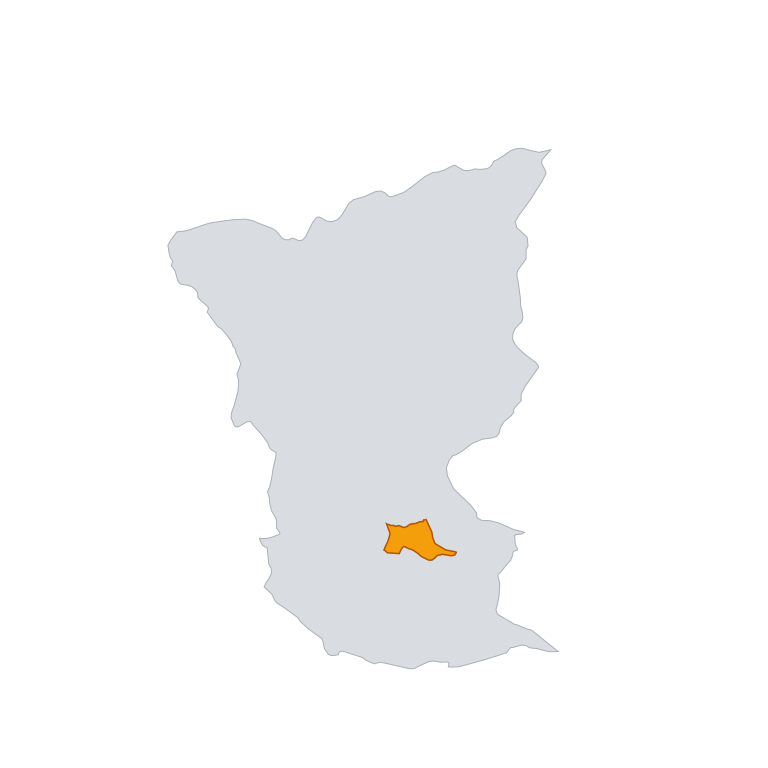 Bossembélé, Ombella-M'Poko, Central African Republic (highlighted), rotated 288°
{"feature_id": "33826404B7214769303301", "entity_name": "Bossembélé", "entity_type": "district", "adm_level": 2, "iso_a3": "CAF", "parent_name": "Central African Republic", "parent_adm1": "Ombella-M'Poko", "projection": "equal_earth", "projection_center": [17.729, 5.164], "detail": "fine", "context": "in_parent", "style": "filled", "palette": "amber", "viewbox_px": 768, "rotation_deg": 288, "n_neighbors": 0, "source": "geoboundaries", "source_scale": "gbopen_adm2", "svg_char_len": 5381}
<svg xmlns="http://www.w3.org/2000/svg" viewBox="0 0 768 768"><g transform="rotate(288 384 384)"><path d="M515.6,266.3L521.8,268.5L522.9,271.1L521.2,279.4L522.4,284.6L526.0,289.1L529.5,290.9L532.9,292.0L544.8,294.7L549.7,297.8L556.3,307.6L564.5,316.6L566.5,321.3L566.2,325.6L563.8,330.8L564.2,333.0L568.0,338.2L572.3,343.6L580.2,349.5L593.9,358.8L600.2,365.1L602.3,369.8L605.8,375.0L610.7,379.7L614.0,383.3L611.8,393.6L612.5,396.9L613.8,399.8L616.6,403.9L617.8,409.1L620.7,415.6L624.0,418.5L629.7,419.6L632.6,422.6L638.9,427.8L644.8,432.2L647.4,435.3L649.0,438.0L650.4,441.2L651.1,444.4L651.3,451.4L652.3,460.0L655.6,465.9L658.6,470.3L646.4,465.2L644.5,465.1L642.4,466.0L636.0,472.2L634.0,473.0L626.0,471.7L606.5,466.8L591.5,462.0L587.0,460.3L579.0,458.7L573.7,461.9L568.8,472.9L567.4,475.1L559.6,478.4L555.9,477.5L546.9,480.5L533.0,475.9L528.1,476.9L524.2,479.2L514.2,484.1L508.1,487.0L501.1,489.6L494.4,493.6L489.9,495.7L485.5,495.7L481.5,493.5L477.1,491.5L471.9,491.1L466.5,492.3L461.9,496.7L460.0,499.8L456.0,508.2L451.3,521.7L449.5,524.5L447.8,525.9L426.0,519.1L416.6,517.5L410.3,519.6L402.4,515.8L398.9,515.1L397.3,516.3L392.8,514.6L385.6,510.0L378.7,508.1L372.6,508.7L368.8,507.2L365.8,502.7L361.8,494.4L354.7,486.2L345.2,479.7L339.3,474.7L336.9,471.4L331.8,469.6L324.0,469.2L316.5,472.5L305.7,482.7L295.7,503.7L290.1,511.7L285.6,513.8L284.5,518.9L286.7,526.9L287.3,536.2L285.7,551.9L286.3,563.4L283.9,561.5L281.6,556.2L280.5,555.1L273.9,557.5L270.5,559.7L268.6,561.8L267.2,562.1L265.1,559.2L263.5,558.7L260.9,559.2L258.2,559.2L256.5,558.8L255.4,559.1L252.2,557.3L240.8,552.9L238.9,551.4L236.6,551.6L230.7,555.4L227.6,556.5L218.1,558.9L208.1,560.1L204.2,560.1L201.5,561.8L199.8,564.2L196.7,578.8L195.8,581.3L196.0,584.9L195.1,596.6L195.5,600.3L183.4,632.4L181.4,627.0L180.1,620.8L179.7,613.6L179.9,611.7L179.2,609.5L178.1,603.7L179.1,599.9L178.3,595.9L176.0,592.0L173.9,589.0L172.6,586.4L171.6,585.2L169.2,584.8L166.1,583.4L152.7,564.6L138.7,543.5L135.9,536.6L134.8,532.6L138.2,532.2L139.1,531.5L139.1,529.6L137.0,524.2L136.0,517.3L134.3,513.1L128.8,506.7L123.6,501.7L122.0,499.2L121.0,495.6L119.0,472.8L118.2,466.3L116.5,463.5L115.3,462.2L114.9,460.6L115.1,456.5L115.8,452.9L115.8,451.4L117.2,448.3L117.2,427.2L115.6,424.3L112.4,424.2L110.8,421.2L109.4,417.3L109.8,414.6L112.8,410.3L114.8,408.6L120.8,405.2L122.5,403.6L123.5,401.5L124.2,398.7L127.7,387.8L132.8,377.0L135.0,374.8L140.2,358.9L141.4,354.9L142.3,350.8L144.0,347.5L149.6,342.1L153.9,332.7L158.5,333.2L163.3,334.7L169.3,335.5L174.1,333.6L177.2,330.0L191.9,323.6L193.0,318.6L195.3,315.9L198.0,313.6L198.9,313.3L199.1,315.0L200.8,320.2L204.1,325.4L209.0,331.2L210.5,330.8L213.5,326.5L221.2,323.8L223.1,322.6L228.6,316.3L235.1,312.2L239.0,310.8L245.6,306.6L250.3,307.1L257.9,306.5L270.5,304.5L279.6,303.8L284.2,303.0L285.4,302.2L287.1,296.1L288.5,294.4L291.9,291.8L298.6,282.6L303.0,274.9L304.4,272.1L305.3,271.6L307.2,268.3L305.3,265.0L297.7,258.1L297.9,257.2L297.4,256.0L297.8,255.1L300.7,252.3L304.6,249.1L308.7,247.9L319.4,248.1L328.6,247.5L330.7,247.6L337.9,246.0L342.8,244.5L347.8,241.2L359.1,241.6L368.6,233.2L371.3,231.7L372.5,230.4L372.8,229.1L377.3,225.8L382.2,218.9L386.1,212.7L387.2,208.3L397.8,193.5L401.6,193.8L403.4,192.0L407.6,182.1L408.9,180.3L413.3,178.5L415.4,175.6L417.2,171.3L417.2,165.9L416.3,161.6L416.3,159.5L417.3,157.6L419.0,155.6L427.1,150.3L429.2,147.7L430.4,145.4L432.7,145.0L435.2,145.3L436.7,143.8L438.5,141.4L444.1,138.1L449.3,135.6L454.8,136.7L464.7,140.0L467.8,147.0L469.2,149.5L481.6,166.1L484.0,170.1L490.1,182.2L493.9,190.4L498.2,202.1L498.7,208.5L498.2,214.0L497.4,229.5L496.3,233.9L491.0,242.3L490.8,246.1L491.9,249.2L493.5,250.5L494.5,252.0L494.0,259.3L495.9,262.1L500.0,264.0L510.2,265.3L515.6,266.3Z" fill="#d9dde1" stroke="#a8b0b8" stroke-width="1"/><path d="M246.5,504.3L245.3,494.0L248.0,481.8L253.3,477.5L254.4,477.1L258.0,475.2L268.1,465.9L267.6,465.3L267.2,464.4L267.1,463.8L266.4,463.6L265.8,463.6L265.4,463.6L265.0,463.5L264.9,462.6L264.8,462.0L264.4,461.5L264.0,461.2L263.9,460.5L263.8,460.0L263.3,459.8L262.7,459.4L262.4,458.9L262.0,458.0L261.7,458.0L261.4,457.5L261.2,457.2L260.9,456.6L260.6,456.4L260.4,456.0L260.3,455.1L260.2,454.6L260.0,454.1L259.5,453.8L259.1,453.4L259.1,452.6L258.7,452.2L258.2,452.0L257.6,451.4L257.2,450.9L256.3,450.3L255.7,450.1L255.3,449.6L254.0,447.8L253.5,446.3L253.6,445.3L254.0,444.1L253.7,443.7L253.6,443.4L253.9,442.8L254.0,441.9L254.0,441.6L253.6,441.1L253.2,440.8L252.9,440.6L252.6,440.2L252.4,439.7L252.7,439.5L252.7,439.2L252.4,438.7L252.1,438.0L252.1,437.7L252.1,437.4L252.5,437.1L252.3,436.4L252.3,436.0L252.1,435.4L251.8,434.7L251.6,434.2L251.5,433.6L251.5,433.1L251.7,432.6L251.8,432.5L251.8,432.0L251.8,431.7L251.6,431.3L251.6,431.0L251.8,429.6L246.1,434.1L243.8,435.9L241.2,436.2L235.2,436.3L229.2,435.4L226.0,435.3L225.9,436.5L224.7,438.9L224.5,439.5L227.4,450.9L230.8,451.3L232.7,451.8L234.1,452.0L235.4,452.8L235.6,454.6L235.0,458.7L235.1,461.1L234.9,463.2L233.4,468.5L232.4,470.6L231.4,473.1L230.7,477.9L230.4,480.2L230.4,481.9L231.0,482.3L231.1,483.1L231.1,483.8L231.6,484.2L234.9,486.6L236.2,486.9L237.7,488.2L238.5,489.4L238.9,490.7L239.4,491.1L239.9,491.5L240.5,494.9L241.0,498.1L241.2,500.2L241.8,501.3L241.7,501.7L242.1,502.4L243.0,503.5L243.3,504.2L243.8,504.1L244.4,504.2L244.7,504.4L245.1,504.7L245.5,504.8L246.0,504.8L246.2,504.7L246.5,504.3Z" fill="#f59e0b" stroke="#b45309" stroke-width="1.5"/></g></svg>